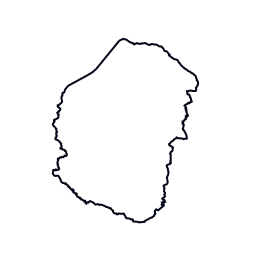 the district of Veal Veaeng, Pouthisat, Cambodia, rotated 125°
{"feature_id": "14789045B9222272664434", "entity_name": "Veal Veaeng", "entity_type": "district", "adm_level": 2, "iso_a3": "KHM", "parent_name": "Cambodia", "parent_adm1": "Pouthisat", "projection": "robinson", "projection_center": [103.138, 12.256], "detail": "fine", "context": "isolated", "style": "outline", "palette": "ink", "viewbox_px": 256, "rotation_deg": 125, "n_neighbors": 0, "source": "geoboundaries", "source_scale": "gbopen_adm2", "svg_char_len": 5767}
<svg xmlns="http://www.w3.org/2000/svg" viewBox="0 0 256 256"><g transform="rotate(125 128 128)"><path d="M58.9,93.8L57.7,93.9L56.1,95.4L55.5,95.3L54.8,95.4L53.8,95.4L51.9,95.8L50.9,96.5L49.9,97.3L49.7,98.4L49.2,99.3L48.5,99.8L47.8,101.0L46.7,102.3L46.2,106.2L46.6,108.1L46.2,109.4L46.7,110.7L46.8,111.6L46.5,113.1L46.8,115.0L46.6,115.8L46.7,116.8L46.0,121.2L45.4,122.2L45.2,123.8L44.2,125.9L44.1,126.8L44.3,127.9L45.1,129.8L45.1,135.2L45.0,136.2L44.8,136.3L44.1,136.0L44.0,136.3L43.5,138.8L43.1,139.8L43.1,140.4L43.4,141.4L43.9,141.9L43.9,142.3L42.7,144.6L42.3,146.0L42.4,146.6L42.1,147.7L42.9,148.6L43.2,149.4L43.3,149.9L43.1,150.9L43.4,152.6L44.6,154.4L45.0,155.7L45.7,156.8L46.5,157.4L47.1,157.4L48.0,158.8L48.4,160.5L48.3,162.0L48.7,162.8L50.6,164.8L50.9,165.5L51.4,165.9L52.0,166.0L52.8,167.5L53.3,169.3L54.2,169.8L54.7,170.5L55.4,170.5L55.9,170.8L56.1,171.7L55.7,172.5L55.8,173.1L56.0,173.9L56.3,174.3L56.7,176.3L56.6,177.1L56.6,180.1L57.0,181.4L57.8,182.6L57.8,183.2L61.5,185.2L97.8,187.9L102.7,189.1L107.3,191.1L127.3,201.0L128.5,201.3L132.3,201.6L135.3,200.7L136.1,201.1L136.7,201.7L137.2,201.3L138.0,201.2L139.0,200.3L139.6,200.5L140.5,200.3L141.8,199.6L143.8,197.4L144.7,197.0L146.2,197.1L146.8,197.4L148.9,197.8L149.8,198.6L150.4,198.2L151.0,197.1L150.8,195.8L151.2,194.3L152.1,193.9L153.5,194.2L154.2,193.9L154.6,194.4L155.6,194.5L156.0,194.7L156.8,193.6L156.7,192.6L157.0,192.3L158.0,192.2L159.1,191.1L159.8,191.0L162.8,192.5L163.3,193.0L163.7,193.2L164.6,192.8L164.8,191.9L167.2,191.9L168.1,191.8L169.0,189.9L169.2,188.3L169.6,187.5L169.7,186.3L170.8,185.6L171.4,184.9L172.0,183.9L172.4,183.8L172.8,184.1L173.6,183.7L174.9,182.6L175.2,181.8L175.9,182.0L176.9,181.5L177.9,181.7L178.8,181.0L178.4,179.0L178.3,177.6L178.4,176.2L178.9,175.2L179.0,173.9L179.5,173.8L180.3,173.0L180.7,172.1L181.5,171.6L182.3,171.6L182.9,171.9L183.6,171.4L183.5,170.9L182.8,170.5L183.2,169.2L182.7,168.5L182.4,167.3L183.0,166.6L182.6,166.1L182.7,165.5L184.2,163.9L184.7,162.9L185.5,162.6L186.4,162.7L186.7,163.0L187.0,164.0L187.3,163.8L189.1,164.3L189.4,165.6L190.5,165.8L190.7,166.5L191.2,166.8L191.9,166.8L193.3,167.9L193.8,167.6L194.0,166.8L196.5,166.2L197.6,165.3L197.6,164.8L198.5,164.6L198.8,163.8L199.7,163.0L199.9,162.3L200.5,162.0L200.6,161.3L200.9,161.0L202.1,161.0L203.2,162.2L203.3,163.0L203.8,162.7L204.3,163.2L204.8,164.7L205.4,165.1L205.9,164.5L206.3,164.5L208.6,163.4L209.1,161.5L209.2,160.4L207.3,158.1L207.2,157.4L208.9,153.6L210.0,152.5L210.3,151.9L210.4,150.5L210.4,150.0L209.7,148.6L209.9,148.1L209.1,147.2L209.7,146.6L209.6,146.2L209.4,146.1L209.5,144.6L209.9,143.7L210.2,143.5L210.3,143.3L209.9,143.0L210.2,142.4L210.0,142.1L210.4,140.8L210.8,140.4L210.9,139.7L210.6,139.2L210.8,138.7L210.0,138.3L210.1,137.8L210.6,137.5L210.1,137.3L210.1,136.9L210.8,136.4L211.5,136.9L211.8,136.6L211.7,135.3L212.0,134.9L211.6,134.0L212.1,133.1L211.3,132.8L211.3,132.2L211.6,131.9L212.3,131.7L213.1,130.7L213.3,130.0L213.0,129.3L213.2,128.6L212.9,128.3L212.6,127.6L213.2,127.0L212.8,126.1L213.4,125.3L213.0,124.8L212.9,123.4L213.3,122.0L212.2,121.5L212.2,121.3L212.9,120.9L212.9,119.9L213.4,120.0L213.9,119.6L213.6,119.3L213.7,118.9L212.6,118.9L212.2,118.7L212.2,117.9L212.0,117.7L210.2,117.5L209.8,117.0L209.6,117.0L209.0,113.5L209.4,111.5L209.4,110.7L207.6,109.0L207.4,107.2L206.3,106.3L205.8,104.4L205.5,103.8L205.1,101.3L205.2,100.5L204.6,99.5L204.3,98.1L204.4,97.8L204.3,97.1L203.7,96.5L203.7,96.2L203.8,95.6L204.3,94.7L204.3,92.8L205.1,92.3L205.7,90.9L205.7,89.8L205.0,89.2L204.7,88.6L204.9,87.9L205.5,88.3L204.7,87.0L204.1,86.7L203.3,86.7L202.6,84.9L200.5,82.3L200.7,81.6L201.4,81.1L201.8,79.4L202.8,77.9L202.8,77.5L201.3,74.8L201.2,73.0L200.3,72.3L200.3,71.5L200.8,70.8L201.3,70.6L201.6,70.2L199.5,66.6L199.0,65.4L199.0,64.8L195.5,60.8L195.3,61.1L194.8,61.0L188.7,58.0L187.0,56.8L184.7,56.2L184.0,56.6L182.9,56.5L182.6,56.5L182.6,56.9L181.7,57.4L181.5,57.9L180.9,58.3L180.2,58.4L179.4,58.3L179.2,58.1L178.5,58.2L178.1,56.7L178.2,56.1L171.5,54.3L170.8,54.3L170.6,54.6L170.8,55.5L171.6,55.7L171.7,56.1L171.6,56.3L171.3,56.1L170.4,56.1L170.1,56.6L170.0,56.0L169.7,55.8L169.5,56.6L169.3,56.7L169.3,56.4L169.0,56.0L168.7,56.2L168.9,56.8L168.6,56.9L168.5,56.2L168.2,55.8L167.9,55.8L167.9,56.0L167.5,56.2L167.2,55.7L167.0,56.3L166.3,56.4L166.2,57.2L166.5,58.9L166.1,59.5L163.7,58.5L162.5,58.6L161.8,60.2L161.0,60.1L160.1,60.3L159.7,60.6L159.4,61.4L159.2,62.2L158.3,62.8L156.4,63.6L156.1,63.8L155.5,65.2L155.0,65.7L154.7,65.7L153.7,65.3L152.7,64.5L151.9,64.1L151.1,64.0L150.2,64.1L148.4,65.5L146.3,67.7L142.5,68.6L140.9,69.5L140.3,70.4L138.4,72.1L137.6,73.7L136.7,74.7L135.8,74.7L133.1,72.9L131.9,72.8L131.7,73.0L131.6,74.1L129.9,74.4L127.2,76.5L125.5,77.5L125.2,77.8L125.1,78.7L124.9,78.9L123.6,78.9L123.2,79.2L121.8,78.6L120.5,78.7L119.3,79.7L118.4,79.8L118.1,80.4L118.3,83.1L118.3,84.4L118.2,84.7L117.4,85.2L116.4,84.8L114.4,84.7L112.5,83.8L110.4,83.6L109.2,82.8L107.9,82.8L107.5,80.8L105.4,77.4L105.2,75.9L103.8,75.0L103.2,73.8L102.8,73.7L102.0,74.6L101.0,75.3L100.5,76.3L99.8,76.8L98.8,79.1L98.0,80.2L97.9,81.9L97.2,82.7L96.8,82.5L95.1,83.5L94.1,83.7L93.3,84.2L93.4,85.4L92.6,86.2L92.2,85.9L92.1,86.2L91.7,86.3L91.4,86.8L91.2,86.5L90.8,86.6L89.8,86.1L89.4,86.4L88.6,86.3L88.3,85.9L87.4,85.7L86.9,86.5L86.5,86.7L85.9,86.4L85.8,86.8L85.2,87.3L85.1,86.7L84.8,86.5L84.5,86.7L83.8,85.9L83.4,86.1L83.3,87.1L82.7,87.2L82.4,88.1L81.7,88.9L80.6,89.7L80.6,90.6L80.3,90.7L80.0,90.5L79.1,91.0L79.2,91.9L79.1,92.2L78.1,92.1L77.9,92.4L77.6,93.3L77.3,93.5L77.3,94.5L76.4,94.4L74.0,93.2L72.8,93.0L72.9,92.3L71.7,91.7L70.9,91.8L70.1,90.9L69.7,91.0L69.4,91.2L69.3,91.9L68.6,92.8L67.6,93.4L67.4,94.7L66.4,95.3L65.6,97.3L66.2,98.5L65.9,99.2L65.4,99.4L64.0,100.8L63.7,100.0L62.9,99.6L61.7,98.6L61.2,97.8L60.7,96.4L58.9,93.8Z" fill="none" stroke="#020617" stroke-width="2"/></g></svg>